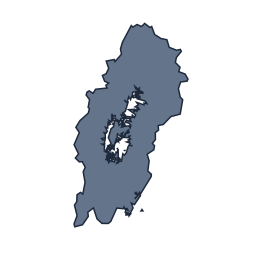 the district of Chepo, Panama, rotated 279°
{"feature_id": "35544464B69999703107277", "entity_name": "Chepo", "entity_type": "district", "adm_level": 2, "iso_a3": "PAN", "parent_name": "Panama", "parent_adm1": "", "projection": "orthographic", "projection_center": [-78.725, 9.102], "detail": "fine", "context": "isolated", "style": "filled", "palette": "slate", "viewbox_px": 256, "rotation_deg": 279, "n_neighbors": 0, "source": "geoboundaries", "source_scale": "gbopen_adm2", "svg_char_len": 6026}
<svg xmlns="http://www.w3.org/2000/svg" viewBox="0 0 256 256"><g transform="rotate(279 128 128)"><path d="M221.5,146.7L224.5,139.7L232.0,135.5L230.7,134.0L233.9,128.1L230.4,125.5L231.6,120.7L228.4,117.0L229.7,115.2L211.8,109.1L204.9,108.2L199.9,110.0L191.5,104.8L193.5,103.8L190.7,96.0L183.9,99.6L178.1,97.9L175.9,94.5L170.5,97.6L169.4,101.9L166.8,99.4L164.2,101.0L161.2,89.9L156.8,88.1L158.6,83.9L157.0,81.9L154.0,81.5L150.0,85.6L142.1,85.4L141.1,86.9L136.4,86.4L127.8,79.4L120.5,76.4L115.9,80.6L103.0,77.4L94.7,83.2L90.1,80.7L86.9,85.2L87.6,88.1L82.5,91.9L77.7,90.6L67.6,94.1L55.7,93.7L57.0,91.2L54.1,88.1L47.3,88.9L43.4,87.2L33.5,91.4L24.7,89.7L22.1,90.9L25.3,98.2L34.5,102.6L38.6,101.5L43.6,106.4L33.4,111.6L29.7,117.2L30.6,123.4L33.0,125.6L47.2,129.5L47.5,135.8L49.4,136.5L47.4,137.6L48.4,139.6L46.8,140.8L47.4,138.9L44.5,138.4L43.6,142.5L43.4,139.3L41.7,139.6L42.7,143.3L41.9,142.6L41.3,142.8L44.5,144.4L43.2,143.2L49.8,145.5L54.4,143.1L53.3,146.3L63.2,150.9L64.5,149.3L58.9,145.7L63.7,148.4L63.8,146.9L64.8,146.6L64.5,146.5L64.1,145.7L64.7,145.2L65.4,145.3L63.9,148.5L66.3,149.4L64.4,150.5L83.6,158.5L86.0,158.3L88.6,154.3L98.9,154.0L105.1,151.0L110.5,156.9L114.6,157.0L116.6,154.5L120.9,156.9L127.8,155.7L130.6,158.5L135.2,157.5L137.0,162.3L146.0,168.6L149.9,177.4L164.5,177.6L166.8,174.7L174.9,171.6L181.7,172.8L183.5,179.0L185.6,179.6L190.2,176.0L191.6,169.3L196.1,169.9L200.2,164.5L205.4,164.8L212.0,168.7L213.8,167.4L212.4,163.9L214.1,156.1L221.3,152.6L221.5,146.7ZM111.4,131.8L111.1,135.3L111.1,131.7L110.1,131.1L103.1,130.2L100.6,128.6L101.8,126.9L94.3,126.8L93.3,124.5L94.1,123.6L91.9,123.6L91.3,122.3L94.3,123.4L95.5,125.4L96.9,124.6L97.1,123.4L95.3,124.2L94.7,121.7L95.5,120.0L92.3,120.0L92.9,115.5L90.8,114.3L92.7,113.5L93.9,115.3L93.1,113.0L93.9,112.8L93.5,112.2L93.9,112.1L93.3,111.4L93.5,111.1L95.1,111.8L94.3,115.6L96.3,111.3L98.3,111.6L98.0,114.6L99.8,112.7L101.0,113.8L100.1,112.0L100.9,109.7L101.6,113.4L102.4,110.3L104.6,111.6L102.5,114.3L104.7,113.0L104.5,113.7L105.0,113.6L104.7,114.0L105.1,114.2L105.1,115.3L105.6,116.3L104.6,117.0L104.4,117.7L105.7,117.5L106.8,110.9L102.2,109.8L102.6,108.0L108.1,107.5L107.3,106.6L108.0,104.9L108.4,107.0L113.4,107.2L112.1,105.2L113.5,103.6L114.8,107.1L118.9,106.4L120.0,104.3L119.5,107.2L121.6,108.1L125.2,105.6L124.7,108.0L131.2,107.3L128.7,108.0L128.1,108.8L129.1,110.1L132.4,108.0L131.3,111.1L139.5,109.8L135.8,111.9L137.6,111.3L138.3,113.4L135.3,113.5L133.7,117.5L131.9,118.3L136.2,119.7L136.7,122.9L137.8,120.7L140.0,119.2L139.7,122.0L142.1,120.3L143.9,122.7L153.2,124.0L152.7,123.2L155.0,119.9L153.3,123.2L158.9,123.8L156.4,126.1L159.4,126.5L158.6,129.5L160.2,127.2L164.0,127.0L166.4,133.2L168.0,129.5L170.1,128.4L167.7,132.2L170.1,133.4L167.5,132.6L165.9,135.8L165.8,134.4L165.1,133.3L165.1,132.4L164.9,132.3L164.5,136.4L163.9,132.2L162.6,132.9L161.9,132.0L161.1,134.6L160.5,135.1L161.1,133.9L159.4,133.5L160.3,132.5L159.0,132.3L158.3,132.5L157.3,140.7L155.0,142.8L155.2,139.9L153.3,140.2L154.7,132.4L152.4,134.6L150.0,131.7L149.7,134.7L147.6,133.4L148.8,135.7L148.2,136.3L146.9,133.9L145.1,134.4L146.9,133.2L145.7,132.1L148.2,131.6L145.6,131.2L147.2,130.2L146.2,125.7L142.3,133.5L139.3,132.7L141.9,129.7L139.5,131.2L139.2,124.3L141.8,121.6L139.8,122.5L137.8,121.9L137.6,123.9L138.8,123.1L139.6,123.5L137.1,124.8L137.7,129.2L135.7,128.4L134.7,130.9L135.3,125.2L133.4,124.3L132.9,128.3L130.8,130.5L128.3,130.0L130.3,128.9L129.4,125.2L131.0,124.3L129.0,124.4L127.9,121.7L130.6,123.2L129.8,121.6L136.1,122.9L133.8,121.4L134.6,120.2L132.1,120.8L129.3,118.8L133.1,117.0L133.4,113.6L127.1,113.5L124.4,111.3L115.4,110.1L110.2,113.7L107.1,111.8L108.6,113.9L106.2,115.2L108.9,115.8L108.1,117.2L116.5,118.2L113.6,119.1L113.4,120.6L113.2,120.8L115.1,120.3L116.2,120.9L115.8,121.5L116.2,121.9L117.8,118.6L120.5,118.6L118.0,122.7L121.4,122.1L122.5,123.7L118.8,122.7L119.8,125.4L122.8,126.5L124.6,128.4L125.2,127.9L126.1,128.7L123.6,129.9L121.9,126.5L118.1,126.2L118.5,130.0L119.9,129.9L120.1,130.2L120.4,131.1L118.8,130.3L117.6,132.3L116.1,129.4L116.6,131.3L115.0,131.6L114.0,128.9L113.3,132.6L111.4,131.8ZM165.0,136.0L165.7,136.7L164.7,137.1L165.0,136.0ZM161.0,134.1L160.9,134.1L160.0,134.0L160.9,133.9L161.0,134.1ZM159.8,134.8L159.6,135.1L159.4,134.4L159.8,134.8ZM96.5,118.1L96.5,123.2L105.6,121.6L102.1,121.0L102.4,119.1L101.9,120.6L96.5,118.1ZM96.9,113.0L95.7,115.4L96.9,114.9L96.4,116.8L93.2,117.0L94.6,117.9L95.1,117.2L97.0,117.9L98.1,117.0L99.1,117.4L96.9,113.0ZM162.2,129.8L159.3,130.4L159.3,131.0L162.3,131.0L163.0,132.2L163.5,131.5L162.3,130.5L162.2,129.8ZM135.5,112.0L132.9,111.5L132.9,112.0L135.5,112.0ZM49.7,154.5L48.1,153.8L48.5,155.7L49.7,154.5ZM165.1,130.2L162.5,129.8L164.9,131.4L165.1,130.2ZM115.7,121.6L114.5,121.1L114.8,122.1L115.7,121.6ZM130.1,112.9L129.4,112.2L129.2,112.7L130.1,112.9ZM107.8,117.3L107.3,116.1L106.8,117.2L107.8,117.3ZM108.2,111.5L107.2,110.8L106.9,111.3L108.2,111.5ZM118.5,125.8L118.1,124.6L117.9,125.2L118.5,125.8ZM100.9,116.7L100.1,116.8L100.6,117.1L100.9,116.7ZM113.4,120.4L112.5,119.6L113.0,120.6L113.4,120.4ZM105.0,114.5L104.2,114.6L104.7,115.1L105.0,114.5ZM105.4,128.6L105.3,128.3L104.9,129.0L105.4,128.6ZM117.0,123.3L116.2,123.0L116.6,123.6L117.0,123.3ZM99.0,118.2L98.1,117.7L98.5,118.3L99.0,118.2ZM113.4,118.3L112.6,117.9L112.9,118.8L113.4,118.3ZM106.0,120.6L105.5,121.0L106.1,120.8L106.0,120.6ZM160.9,128.4L161.0,127.9L160.3,128.4L160.9,128.4ZM99.7,117.6L99.4,116.8L99.1,117.5L99.7,117.6ZM132.0,122.7L132.1,122.2L131.7,122.1L132.0,122.7ZM100.6,114.9L99.9,114.7L100.0,115.1L100.6,114.9ZM101.1,117.1L101.7,116.4L101.2,116.6L101.1,117.1ZM94.4,118.4L94.5,118.1L94.2,117.9L94.4,118.4ZM99.6,116.0L99.2,115.6L98.8,116.1L99.6,116.0ZM119.1,124.5L118.1,124.3L118.6,124.5L119.1,124.5ZM99.5,114.7L99.9,114.2L99.2,114.5L99.5,114.7ZM161.1,131.8L160.6,131.5L161.2,132.3L161.1,131.8ZM95.5,118.8L95.9,118.0L95.7,117.9L95.5,118.8ZM99.8,115.9L99.4,115.0L99.2,115.5L99.8,115.9ZM112.1,118.5L112.0,117.9L111.4,118.1L112.1,118.5ZM164.4,131.8L164.7,131.7L164.5,131.4L164.4,131.8Z" fill="#64748b" stroke="#1e293b" stroke-width="1.5"/></g></svg>